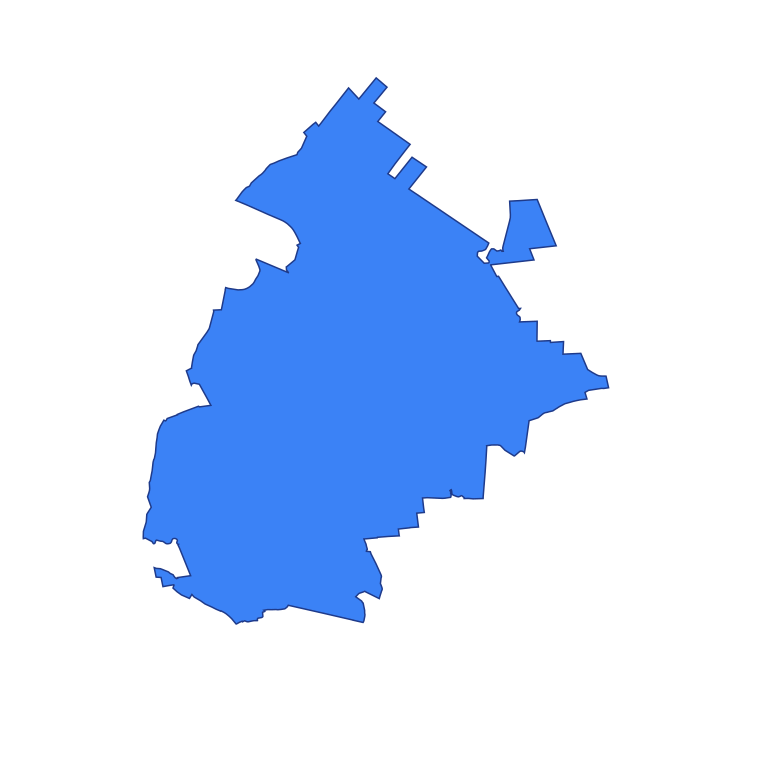 the district of Moftin, Satu Mare, Romania, rotated 23°
{"feature_id": "2599482B73580136773052", "entity_name": "Moftin", "entity_type": "district", "adm_level": 2, "iso_a3": "ROU", "parent_name": "Romania", "parent_adm1": "Satu Mare", "projection": "equal_earth", "projection_center": [22.624, 47.677], "detail": "fine", "context": "isolated", "style": "filled", "palette": "blue", "viewbox_px": 768, "rotation_deg": 23, "n_neighbors": 0, "source": "geoboundaries", "source_scale": "gbopen_adm2", "svg_char_len": 6110}
<svg xmlns="http://www.w3.org/2000/svg" viewBox="0 0 768 768"><g transform="rotate(23 384 384)"><path d="M360.5,651.0L360.1,651.0L359.7,650.7L359.5,650.4L359.3,650.1L359.3,649.5L359.4,649.0L359.7,648.7L362.6,646.8L363.1,646.2L363.3,645.7L363.3,645.2L361.4,641.6L363.1,640.0L363.2,639.8L362.9,639.3L362.0,639.1L365.1,637.1L368.6,635.7L372.7,633.8L374.4,633.3L377.2,631.8L380.4,629.8L380.9,629.2L382.1,626.8L382.3,625.1L417.8,618.7L447.8,613.4L447.8,613.5L457.9,611.7L458.0,611.3L458.0,609.7L457.1,605.4L456.6,603.8L455.7,602.4L454.6,599.9L452.6,597.0L450.4,593.8L449.3,593.4L448.7,592.8L448.1,592.5L441.1,590.9L442.5,587.2L443.0,586.3L443.6,585.8L446.3,583.4L447.3,582.3L448.3,582.5L463.5,583.4L463.1,580.4L462.8,577.0L462.6,575.0L462.7,574.5L462.6,573.9L462.4,573.3L461.9,572.5L461.1,571.6L459.9,570.3L458.7,569.2L457.1,563.7L457.0,562.5L456.5,561.6L455.6,560.6L447.0,552.7L438.5,545.5L436.9,543.7L433.2,544.9L432.9,543.7L433.3,543.0L432.9,542.2L431.4,540.4L430.0,538.4L427.7,536.2L426.1,534.5L437.9,528.2L437.8,527.7L447.8,522.5L457.4,517.8L457.1,517.4L453.9,511.9L463.9,506.3L463.9,506.1L471.6,502.2L464.6,490.1L471.3,486.5L469.1,482.9L464.0,473.9L468.1,471.8L482.8,466.3L484.9,465.2L489.6,462.3L489.6,461.7L489.5,461.1L489.0,459.5L488.1,458.7L487.9,458.3L487.9,457.4L487.7,457.1L487.5,456.9L486.4,456.5L486.3,456.4L486.8,455.4L487.2,455.0L488.1,456.1L489.5,458.6L490.0,459.0L491.0,459.2L492.3,459.2L495.2,459.1L496.6,458.8L497.8,457.8L498.6,456.7L499.0,456.5L499.5,456.5L502.2,457.3L502.5,458.1L506.5,456.3L510.9,454.9L520.0,450.7L519.4,449.2L511.6,425.8L507.7,414.5L502.9,401.1L502.6,400.7L506.9,398.1L512.4,395.7L514.7,395.2L515.2,395.2L516.3,395.6L521.2,397.7L531.9,399.4L532.2,399.2L532.4,398.9L535.3,393.1L535.9,392.4L537.0,392.0L538.5,391.8L539.1,391.8L540.1,392.4L538.9,387.1L531.9,361.1L538.9,355.0L539.4,354.3L541.8,349.6L542.2,349.1L542.6,348.4L543.5,347.5L545.4,346.2L547.1,344.8L547.9,344.3L548.2,344.0L549.9,342.8L552.1,339.5L552.8,338.6L553.4,337.6L554.7,335.8L556.2,334.0L558.2,331.5L562.6,328.0L564.9,326.1L567.8,324.0L571.0,321.8L576.7,318.5L572.3,313.2L574.8,309.9L585.8,303.1L588.1,302.2L592.2,299.7L585.3,290.0L580.6,291.9L578.4,292.5L576.2,292.5L571.2,292.0L565.8,291.1L553.2,278.9L537.1,286.6L532.7,274.8L521.0,280.7L520.2,279.1L508.6,284.6L508.0,284.7L500.5,266.4L484.5,273.9L484.4,272.7L484.2,271.4L483.1,269.4L481.9,268.9L480.1,268.5L479.1,268.0L478.5,267.4L478.1,266.6L478.0,265.9L478.3,265.1L479.7,263.2L480.1,261.1L478.4,261.9L457.4,247.2L449.1,241.3L447.3,240.1L445.8,241.0L435.7,232.8L435.7,232.6L473.6,211.2L465.2,202.6L488.5,189.5L470.7,172.0L452.9,154.3L437.0,162.3L428.2,166.6L434.2,178.8L435.3,181.6L436.0,185.4L439.7,210.2L440.1,212.3L440.5,213.1L441.1,214.2L441.9,215.2L440.7,215.8L440.3,215.4L439.6,215.3L439.2,215.0L437.7,216.5L435.9,217.5L432.3,216.7L430.2,217.6L430.0,218.1L429.7,219.2L429.4,221.4L429.3,225.9L429.1,227.8L432.6,229.6L433.1,230.6L433.2,231.0L433.2,231.3L432.8,231.8L429.1,233.7L419.9,229.9L418.8,226.7L418.7,226.3L419.2,225.0L419.5,224.7L421.9,223.5L422.8,222.7L424.5,221.0L424.8,220.5L425.0,220.1L425.4,216.5L425.4,213.3L344.7,197.5L330.7,194.8L338.3,167.6L321.2,164.3L313.8,190.7L305.4,189.0L308.1,177.1L312.1,161.8L314.4,153.2L275.7,144.8L279.1,132.8L264.9,129.3L270.8,109.6L257.2,105.3L249.5,131.5L235.7,125.3L230.3,145.2L227.8,153.9L224.0,168.9L223.1,172.1L218.9,169.8L217.2,172.8L211.9,183.8L216.1,186.1L215.9,199.2L214.9,202.1L214.2,204.0L214.1,204.8L214.3,206.9L206.3,213.9L203.1,216.9L200.1,219.7L196.5,223.6L193.6,226.3L193.3,226.9L191.9,230.6L191.4,232.1L191.1,233.9L189.8,237.6L188.8,239.6L187.8,241.0L183.3,250.7L183.0,253.7L182.9,254.4L182.5,254.9L180.5,257.0L179.3,259.9L178.3,262.7L176.3,271.4L175.8,272.9L186.6,272.8L211.3,273.2L224.3,273.2L227.4,273.3L229.5,273.6L232.4,274.2L236.3,275.6L238.2,276.4L240.3,277.6L242.8,279.4L246.5,282.4L251.1,286.5L252.1,287.3L249.7,290.2L252.0,291.6L252.3,294.8L253.5,304.5L248.7,313.9L248.3,314.4L249.7,317.1L252.4,318.7L252.4,318.9L217.7,319.0L217.6,319.7L222.7,324.5L225.0,327.1L225.4,327.9L225.6,328.5L225.7,333.5L224.9,337.8L224.7,340.8L224.3,342.8L222.4,346.9L221.5,348.2L220.2,349.8L218.5,351.4L216.6,352.6L212.9,354.4L203.4,356.8L200.6,357.1L201.0,359.3L201.3,359.9L205.3,379.2L198.2,382.6L199.0,383.9L201.4,400.7L201.4,401.7L200.8,405.6L197.4,420.4L197.4,420.9L197.6,421.7L198.1,426.9L197.6,431.2L197.6,431.8L197.7,432.6L199.0,438.5L200.4,444.1L200.7,444.7L200.3,445.0L196.9,449.1L200.6,453.1L204.1,457.2L207.1,460.4L207.2,458.8L208.9,457.4L214.0,456.4L214.3,456.5L227.3,466.7L233.0,471.3L223.2,477.1L222.8,477.0L222.3,477.2L221.9,477.0L210.4,487.9L205.6,492.8L205.9,493.1L197.9,500.5L197.7,502.8L197.2,503.4L195.5,503.3L195.0,507.3L194.6,510.2L194.7,514.2L195.0,518.5L196.1,522.0L197.3,526.9L200.6,536.8L201.7,542.2L201.7,542.9L201.6,543.5L202.0,546.2L204.5,554.5L205.2,557.9L206.5,563.6L206.6,564.4L206.5,565.4L206.4,566.3L209.1,571.7L209.7,573.5L210.0,575.5L210.4,580.2L217.9,588.4L216.8,595.0L216.6,596.7L218.6,602.5L219.1,604.1L220.1,613.6L222.2,619.0L222.9,620.4L224.3,619.3L224.8,619.1L232.0,619.7L233.8,620.9L234.1,621.0L234.5,621.0L234.8,620.8L235.1,620.4L235.3,620.1L235.2,617.2L235.3,617.0L235.6,616.6L236.0,616.5L239.6,616.0L241.9,615.3L243.7,615.6L245.2,616.0L246.0,616.0L246.9,615.8L248.2,615.1L249.4,614.2L249.9,613.0L250.0,612.3L249.8,610.3L250.1,609.0L250.7,608.5L251.4,608.1L252.1,607.8L253.3,607.8L253.9,607.9L254.8,608.5L255.0,609.0L255.1,610.4L255.3,611.2L256.1,611.8L257.1,612.0L257.5,611.9L257.3,612.7L259.9,615.0L280.9,636.0L269.5,642.9L270.0,643.4L269.1,644.2L267.4,643.9L265.8,643.0L264.4,642.0L261.2,641.9L259.0,641.2L252.8,641.3L250.3,641.4L246.4,642.7L244.2,642.8L249.7,650.8L254.4,649.2L259.7,656.9L264.4,653.8L269.5,650.6L269.3,650.8L269.3,651.4L269.5,654.3L274.7,656.1L280.0,657.3L288.7,657.4L289.4,652.8L292.3,654.2L292.7,654.3L299.8,655.2L305.2,656.4L313.0,656.6L317.2,656.9L322.5,656.9L322.6,656.5L326.2,656.8L328.5,657.2L332.2,658.3L335.6,659.6L341.6,662.7L342.0,662.5L344.2,659.7L346.1,657.8L346.7,658.2L348.3,656.4L350.2,656.4L351.0,656.3L352.2,655.8L354.4,654.2L356.7,652.7L360.5,651.0Z" fill="#3b82f6" stroke="#1e3a8a" stroke-width="1.5"/></g></svg>